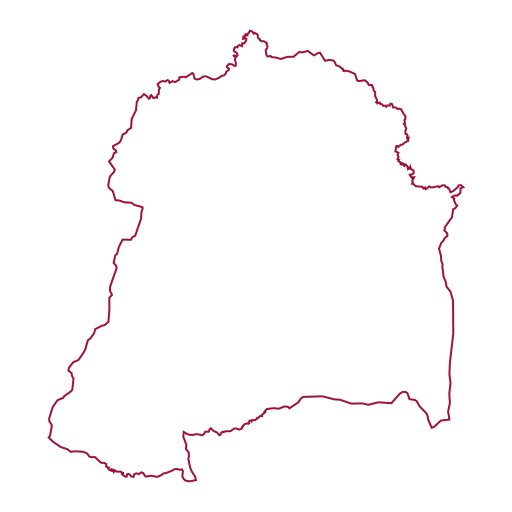 Phan, Chiang Rai, Thailand
{"feature_id": "78962969B39225899035049", "entity_name": "Phan", "entity_type": "district", "adm_level": 2, "iso_a3": "THA", "parent_name": "Thailand", "parent_adm1": "Chiang Rai", "projection": "mercator", "projection_center": [99.78, 19.567], "detail": "fine", "context": "isolated", "style": "outline", "palette": "rose", "viewbox_px": 512, "rotation_deg": 0, "n_neighbors": 0, "source": "geoboundaries", "source_scale": "gbopen_adm2", "svg_char_len": 5958}
<svg xmlns="http://www.w3.org/2000/svg" viewBox="0 0 512 512"><path d="M449.4,419.5L448.1,411.4L449.9,402.9L449.3,393.4L450.5,383.3L449.4,373.9L449.9,362.6L453.3,333.4L453.0,300.5L450.5,291.7L446.4,286.5L446.0,282.6L443.6,276.8L442.3,266.3L442.6,264.3L441.3,261.0L440.9,255.7L439.0,248.5L441.4,242.7L443.4,240.7L444.6,238.2L447.4,235.9L447.2,233.3L444.3,230.4L444.9,229.0L444.6,227.6L452.0,217.2L453.2,209.2L455.4,208.1L457.2,205.4L455.6,204.1L453.8,199.7L454.3,198.6L452.0,197.0L454.5,195.5L457.2,195.7L457.8,194.6L459.3,194.2L460.6,192.2L460.3,188.5L463.3,187.2L461.0,185.2L458.6,185.4L457.7,187.1L453.2,191.1L450.5,192.2L448.9,188.4L447.7,188.1L447.4,187.1L445.6,186.8L444.7,185.3L442.3,185.3L439.2,187.3L438.3,186.2L432.2,187.4L430.5,187.3L429.3,186.4L426.0,189.2L425.3,188.9L425.0,187.5L423.4,188.5L422.4,186.7L415.9,186.3L413.5,184.1L412.1,183.8L412.9,182.6L412.2,180.8L414.2,177.2L413.2,177.2L412.9,178.4L412.0,178.2L409.8,174.7L412.7,174.2L413.7,173.0L413.6,170.5L411.1,169.1L410.4,167.1L410.1,168.6L409.1,168.8L409.6,168.0L408.4,167.4L407.8,168.3L407.4,166.2L405.8,164.6L404.7,165.7L404.4,164.6L403.6,165.3L403.1,164.6L403.6,164.0L402.0,163.0L401.3,164.5L400.6,164.4L400.4,162.4L398.4,161.1L399.1,159.9L397.5,159.2L398.5,157.1L397.6,155.1L398.4,152.7L395.4,151.4L396.3,146.1L397.6,146.0L398.3,146.9L400.7,144.8L402.5,144.6L404.6,142.6L408.1,140.9L408.7,137.5L408.0,137.3L407.2,138.3L406.9,137.6L407.6,135.7L406.8,134.2L405.6,134.0L405.3,131.1L406.3,128.6L404.8,125.3L404.9,124.0L404.0,123.8L404.9,122.7L404.4,120.2L405.2,119.4L405.5,116.3L403.7,114.1L401.1,109.3L398.9,108.6L397.5,109.1L396.0,107.6L392.9,107.3L392.2,104.2L391.1,103.7L390.2,103.9L389.7,105.6L387.3,105.4L386.2,106.7L385.3,105.7L383.1,105.8L382.2,104.4L379.8,103.6L379.7,102.6L377.3,103.4L377.2,102.4L376.3,102.2L377.0,101.3L376.9,99.6L375.1,96.1L375.2,92.1L373.7,90.6L373.2,87.5L372.6,87.3L372.0,85.1L368.7,84.9L367.7,82.6L364.7,80.2L359.1,81.1L357.2,80.6L354.9,73.9L349.0,71.3L344.9,70.6L344.2,71.2L343.4,70.9L342.6,68.5L341.7,68.5L339.9,66.6L336.1,65.2L334.5,61.7L333.1,60.5L329.4,59.9L325.1,60.8L320.1,52.9L318.8,52.7L313.9,55.4L307.7,51.0L302.1,52.4L299.3,51.9L293.4,56.8L287.5,56.8L280.8,59.0L276.4,57.6L271.5,57.1L270.4,56.0L267.5,56.5L266.3,54.7L265.7,50.0L267.3,48.0L267.5,46.2L266.6,44.8L266.9,43.2L263.7,41.2L261.9,41.3L260.0,40.4L260.0,39.5L258.1,38.1L257.5,34.4L254.5,32.8L253.7,33.7L252.2,31.5L249.9,30.7L248.5,33.3L247.3,33.8L247.5,35.4L246.6,35.5L245.4,34.5L244.7,36.6L243.3,36.5L243.1,38.9L245.5,38.3L246.3,38.7L246.4,40.0L244.3,43.4L242.2,43.2L242.0,46.1L239.5,45.1L237.8,46.0L237.5,47.4L235.2,47.1L234.1,48.8L233.8,51.0L236.9,53.0L237.6,55.2L236.6,56.4L234.2,55.3L233.7,55.8L235.6,57.4L234.9,59.8L236.0,63.5L235.6,65.8L234.6,66.0L232.3,64.4L229.0,64.0L226.8,66.2L227.0,67.2L228.8,68.6L228.8,69.9L226.3,71.7L225.7,73.7L223.8,75.5L221.6,75.8L219.2,77.7L215.0,79.5L212.2,79.2L206.1,76.3L203.1,76.6L199.6,79.0L196.8,79.5L194.6,78.6L193.3,73.8L192.3,73.0L185.7,77.3L184.2,76.7L179.3,77.3L179.3,79.6L175.1,82.1L172.6,81.1L169.6,82.9L168.7,80.7L167.5,80.1L165.4,81.5L162.8,81.0L160.4,81.8L157.6,84.2L158.5,86.6L159.9,87.9L159.0,89.4L158.7,94.0L157.4,94.7L156.9,97.7L155.7,97.3L153.4,98.1L151.3,95.1L150.4,95.6L149.9,98.2L148.9,98.7L146.5,95.9L143.9,94.1L141.1,97.3L138.4,98.0L138.2,99.7L136.8,101.7L136.0,110.2L131.6,119.2L131.1,127.9L127.6,130.1L126.3,132.7L122.7,134.5L121.1,139.7L119.5,142.5L113.0,146.2L113.3,148.4L116.0,150.7L116.3,152.1L113.9,153.3L112.6,157.6L109.1,161.4L114.8,169.6L114.0,171.9L109.8,176.7L108.2,185.4L109.0,187.9L112.8,191.1L115.5,200.2L119.5,200.5L124.1,202.3L131.3,202.7L134.6,205.0L142.3,207.1L142.7,208.0L141.4,212.4L141.1,218.5L135.2,235.7L132.6,237.0L130.8,239.8L122.6,239.6L118.9,246.9L117.1,253.8L115.3,255.4L113.6,262.9L116.2,265.8L116.6,268.1L110.1,286.7L110.0,290.9L112.0,294.8L109.3,297.9L109.4,309.5L108.4,321.8L104.8,325.1L101.7,325.8L95.2,329.2L94.1,333.3L90.2,338.5L87.8,340.4L85.4,349.1L82.9,353.7L78.4,360.0L73.2,362.2L68.8,368.0L68.5,370.7L71.6,373.1L71.9,375.6L73.5,378.7L72.3,389.6L71.4,391.0L64.3,396.1L63.1,397.9L57.5,400.2L52.7,407.1L49.1,418.6L49.3,421.1L51.7,424.7L51.8,426.2L50.0,435.7L48.7,437.6L53.5,442.1L60.8,447.1L67.2,449.1L70.7,451.8L75.0,451.3L83.4,451.8L87.1,453.5L89.2,456.4L91.5,457.2L95.0,457.1L100.8,462.6L104.4,463.0L106.4,464.1L106.1,466.6L108.8,467.7L108.2,468.7L108.8,469.5L109.8,470.0L110.8,469.4L111.0,470.6L112.0,471.0L112.6,470.4L112.1,469.6L112.7,469.5L113.8,472.0L114.7,470.2L116.4,471.6L120.7,471.6L122.0,472.7L121.9,473.5L123.0,473.1L123.0,475.1L125.5,476.7L126.7,476.6L127.0,474.4L128.3,473.9L130.1,474.7L131.1,476.4L133.5,476.9L134.5,474.0L136.6,473.4L139.0,474.1L141.3,472.3L143.3,473.1L145.0,476.0L146.3,476.6L151.0,475.7L157.3,476.9L161.8,474.9L163.4,473.4L165.6,473.2L171.9,470.8L174.2,469.3L177.1,469.0L179.8,469.8L181.9,469.4L182.9,471.0L182.4,476.5L183.6,478.8L185.6,480.7L190.1,481.3L195.9,480.1L195.2,476.7L191.9,471.7L190.1,467.5L188.3,458.7L188.9,456.3L188.8,452.7L185.9,448.9L186.4,444.9L183.3,436.8L183.7,431.9L187.1,434.1L189.3,434.7L192.1,435.0L196.9,434.1L202.4,435.2L204.1,433.9L205.2,431.7L208.8,431.7L209.5,429.4L210.7,428.2L213.2,430.7L217.1,432.6L219.4,435.2L220.5,434.7L221.0,433.1L222.6,431.7L223.4,432.2L225.4,431.3L230.5,431.2L234.2,428.5L236.3,428.5L239.3,429.6L241.7,428.6L242.2,426.9L242.9,426.6L242.8,426.0L244.8,424.0L247.7,423.3L248.2,423.8L249.2,423.1L249.2,421.1L251.2,420.3L251.7,421.2L252.0,420.3L255.3,420.0L257.1,418.6L257.2,417.8L258.6,417.7L259.9,416.1L262.1,416.0L262.0,414.8L265.1,412.3L264.4,411.8L266.8,409.0L273.6,408.2L278.8,408.7L284.7,406.4L288.1,406.9L289.5,408.3L298.2,402.4L300.9,398.5L302.9,396.9L322.1,396.3L334.6,399.4L340.0,399.7L351.2,403.6L362.5,403.4L368.3,404.8L378.3,402.3L391.4,403.2L399.7,393.8L401.8,392.3L404.1,391.8L406.4,392.3L407.5,393.3L409.5,399.2L414.8,399.9L416.7,401.2L419.5,406.2L426.4,413.3L427.6,416.0L428.1,419.5L431.7,427.8L434.5,426.6L440.8,420.6L449.4,419.5Z" fill="none" stroke="#9f1239" stroke-width="2"/></svg>